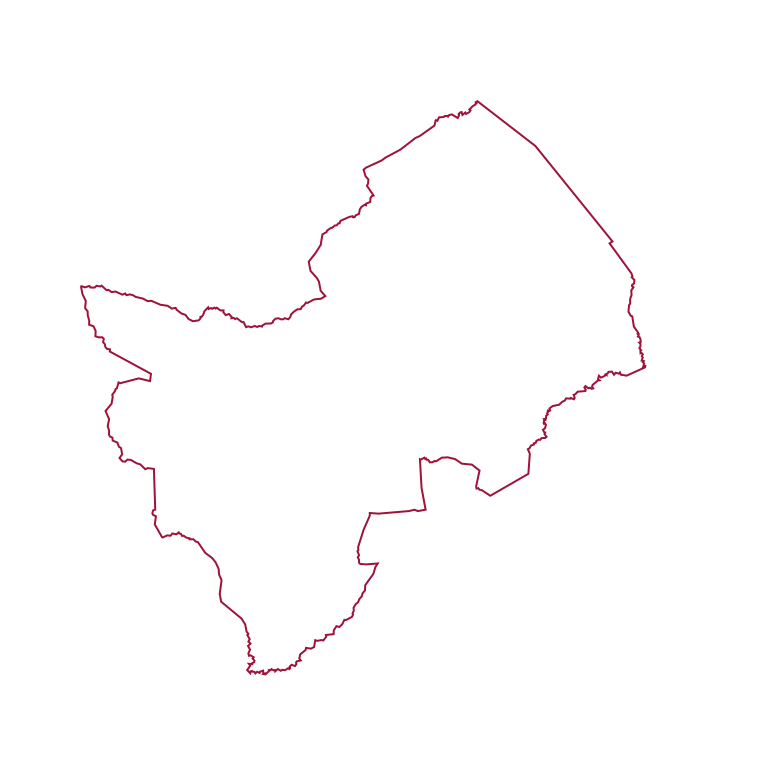 outline of Kalomo, Southern, Zambia, rotated 65°
{"feature_id": "96606910B45059584224762", "entity_name": "Kalomo", "entity_type": "district", "adm_level": 2, "iso_a3": "ZMB", "parent_name": "Zambia", "parent_adm1": "Southern", "projection": "robinson", "projection_center": [26.465, -16.838], "detail": "fine", "context": "isolated", "style": "outline", "palette": "rose", "viewbox_px": 768, "rotation_deg": 65, "n_neighbors": 0, "source": "geoboundaries", "source_scale": "gbopen_adm2", "svg_char_len": 6153}
<svg xmlns="http://www.w3.org/2000/svg" viewBox="0 0 768 768"><g transform="rotate(65 384 384)"><path d="M479.2,140.3L478.1,139.6L477.6,141.5L475.3,139.5L473.7,140.2L473.0,138.9L471.7,140.6L469.3,138.3L467.8,138.6L466.5,136.9L464.5,137.6L464.5,138.5L461.8,137.4L461.9,136.8L459.3,137.3L458.4,135.8L456.0,134.6L454.3,135.2L454.4,133.6L452.0,132.7L449.5,132.6L448.3,133.8L447.4,132.6L445.9,132.9L446.0,132.0L444.8,132.0L437.6,133.3L427.6,130.4L426.4,131.5L421.9,131.9L416.2,128.7L415.2,127.0L410.7,124.8L408.1,122.1L403.8,120.4L401.7,117.0L400.2,117.9L399.1,117.3L398.6,114.9L395.6,113.1L391.9,114.4L391.4,113.3L388.3,113.0L351.9,120.1L351.4,116.7L232.3,146.2L167.2,179.8L167.3,181.0L168.2,181.3L167.6,181.9L169.3,182.8L169.7,186.3L171.3,190.6L172.5,189.9L173.7,191.9L173.9,195.5L172.3,195.6L173.3,199.2L170.3,198.8L170.1,200.0L170.8,202.3L172.2,202.4L174.1,204.8L168.4,208.5L167.8,211.3L168.7,213.0L167.8,213.3L166.8,215.8L167.2,217.3L165.6,221.4L168.0,224.4L166.8,225.4L167.1,226.0L171.1,229.0L174.4,247.0L174.3,251.5L178.5,270.1L179.4,286.8L180.4,291.6L180.3,308.6L181.1,311.9L187.9,312.9L192.1,311.7L195.5,313.7L197.2,315.7L208.8,313.8L208.5,315.7L209.8,317.7L213.2,319.6L213.0,324.0L214.4,324.8L213.3,326.0L214.0,329.7L215.5,332.1L219.2,334.7L219.2,338.3L220.4,340.2L219.7,341.7L218.6,341.6L217.9,345.0L217.7,354.5L219.6,356.3L219.1,357.5L220.2,359.8L219.6,361.6L220.5,365.0L220.1,366.0L220.9,370.7L222.0,371.8L222.4,376.6L231.2,382.6L236.5,390.9L241.3,400.5L250.4,402.8L259.2,400.1L263.7,399.7L272.8,402.0L279.5,400.0L280.1,405.0L277.8,411.7L278.2,419.1L277.2,420.3L278.9,423.2L279.2,425.5L281.0,427.9L279.7,431.0L280.3,434.9L281.7,438.9L283.7,440.6L284.9,443.3L282.4,446.2L282.7,448.2L281.8,450.1L279.7,452.0L279.0,454.9L280.0,457.8L281.2,458.8L281.4,460.8L279.2,465.9L279.6,469.6L280.4,470.2L278.6,472.7L278.8,474.7L276.8,476.6L276.4,480.4L274.4,482.7L274.2,485.0L268.5,485.1L268.0,486.5L262.2,489.6L262.2,491.5L260.4,492.4L259.9,494.5L258.7,493.8L255.0,494.9L254.7,498.3L251.2,499.3L249.4,498.3L248.3,501.1L244.2,503.3L244.5,504.7L243.1,505.4L243.2,508.0L242.1,508.6L241.9,511.2L240.2,511.0L242.2,516.1L244.9,518.6L246.0,520.8L245.6,522.0L247.0,522.6L248.0,525.2L246.3,530.7L242.4,533.7L237.5,534.7L234.3,537.9L229.0,540.6L226.9,540.7L226.0,544.5L221.8,546.9L217.7,553.1L210.2,559.8L209.1,563.1L204.6,566.5L200.1,572.3L197.5,573.9L195.4,576.4L194.7,579.8L192.6,580.3L192.5,583.3L186.7,588.3L185.6,592.0L182.2,594.0L181.8,595.7L175.5,598.4L175.8,599.8L173.5,603.0L174.3,605.4L173.6,607.1L172.4,609.3L170.6,609.6L170.1,614.0L167.5,616.9L168.0,617.5L175.1,619.3L182.8,619.2L188.8,622.8L193.0,621.9L196.6,623.5L202.1,624.4L205.6,626.2L208.9,622.9L214.0,622.9L218.8,625.4L221.1,622.9L222.6,619.6L224.8,618.9L227.3,620.9L230.0,620.2L232.6,620.9L235.0,620.3L236.8,617.7L238.6,618.8L276.3,590.9L282.5,594.8L275.3,603.8L271.8,622.8L270.4,623.9L275.0,627.9L275.1,629.3L276.9,631.0L278.9,634.8L281.2,635.4L286.7,639.2L290.8,647.8L299.7,648.0L305.4,652.2L310.2,652.9L313.7,654.7L315.8,654.5L317.8,652.8L320.6,653.8L324.4,650.4L328.9,650.7L331.0,649.4L337.1,651.1L339.3,655.0L343.6,653.7L345.0,651.5L344.1,648.5L345.8,645.5L351.2,641.8L353.9,638.8L360.3,636.4L360.4,633.6L363.7,628.4L401.1,644.4L401.0,646.7L403.3,648.6L405.0,648.6L407.5,646.6L414.4,651.1L429.0,649.9L429.6,649.3L429.6,644.5L431.3,641.5L430.0,639.1L432.5,635.6L431.7,632.8L432.8,632.9L434.0,631.4L436.4,631.2L436.8,629.7L439.7,628.1L441.6,625.5L442.5,625.9L444.2,622.3L447.1,621.3L448.6,619.5L461.4,617.4L469.1,613.3L474.4,612.0L481.6,612.0L487.1,614.0L493.1,614.1L504.8,621.6L512.5,623.6L536.3,612.3L543.2,611.4L550.4,613.2L553.1,612.5L553.8,614.0L558.4,613.5L560.1,615.7L562.9,614.7L563.9,617.9L568.1,617.7L570.9,620.8L573.3,621.2L573.5,619.6L576.6,617.6L577.4,619.1L580.0,618.3L581.3,619.3L581.2,621.2L582.1,621.8L580.5,624.7L582.7,624.2L585.4,628.9L589.6,627.5L588.1,626.4L588.2,625.0L589.0,625.0L590.1,623.1L591.9,622.9L591.2,620.7L593.3,618.8L592.4,618.1L592.7,614.7L595.3,615.8L595.8,614.5L596.0,615.7L597.1,614.1L595.5,609.4L593.7,609.3L595.0,609.0L595.5,607.7L594.8,606.5L596.8,605.2L597.2,603.6L598.4,604.0L597.5,600.7L600.3,598.7L600.0,597.1L601.5,594.7L601.1,591.0L602.4,590.3L601.8,589.1L600.3,588.9L599.4,586.4L602.0,583.9L600.8,581.7L599.3,581.5L598.5,580.1L599.4,576.3L596.9,576.7L593.7,574.3L591.9,567.4L590.2,566.2L593.0,562.0L592.8,558.5L587.1,554.6L588.6,553.0L589.7,548.7L590.8,547.4L588.6,543.1L586.9,542.7L589.4,535.4L586.0,533.6L583.4,529.4L585.4,527.2L584.1,523.4L581.0,519.6L581.9,517.9L581.5,511.5L580.0,509.5L578.7,509.5L576.7,507.2L573.9,506.1L571.5,502.6L570.9,499.8L568.5,497.3L567.1,494.0L564.5,491.7L563.2,488.6L558.4,486.0L551.5,473.8L546.4,469.3L544.0,465.5L540.0,476.3L537.1,481.5L535.5,482.2L532.6,480.9L530.0,481.0L528.7,479.0L524.3,478.7L523.7,477.4L520.9,476.4L507.6,464.2L497.4,452.6L494.9,451.4L499.2,443.7L509.7,415.1L510.8,409.6L513.5,407.0L515.5,399.4L494.1,393.9L467.3,383.2L468.1,382.4L467.8,378.6L469.0,378.5L469.1,377.4L470.6,377.5L471.3,376.0L474.4,375.6L475.4,373.1L475.1,370.7L476.1,369.6L475.2,362.8L477.4,357.2L482.1,351.3L489.1,347.1L494.2,338.4L502.8,334.0L515.8,343.8L517.9,344.3L518.3,342.5L520.2,342.1L521.7,340.1L530.2,334.9L526.4,291.1L508.8,281.3L503.9,281.2L503.7,279.2L501.9,276.8L502.2,273.7L501.1,273.3L501.4,271.2L499.9,269.9L499.8,267.1L500.6,266.1L499.6,264.0L501.0,260.9L500.6,259.0L497.3,259.7L496.1,258.4L495.5,259.2L492.7,259.3L492.2,256.9L489.5,254.5L487.5,254.8L487.7,255.8L487.0,255.9L484.8,254.4L484.9,253.4L483.4,253.8L483.9,251.8L481.2,250.4L480.8,248.4L479.4,248.5L478.7,247.2L477.9,247.2L477.4,246.6L478.4,246.1L478.2,244.6L476.3,244.5L475.8,243.4L475.3,240.3L476.8,234.0L475.4,229.8L475.5,227.3L474.0,225.0L476.1,221.2L475.6,220.6L478.1,218.3L477.1,217.0L474.0,216.7L474.1,214.8L472.8,211.7L475.5,204.5L474.5,203.6L471.9,203.9L471.0,202.3L474.2,200.6L474.3,199.3L476.1,197.8L476.4,196.3L474.4,196.6L473.0,195.3L471.3,188.9L471.7,187.2L470.1,188.0L467.4,185.7L469.7,184.8L470.0,183.8L469.9,180.5L469.0,179.5L469.8,178.7L468.9,178.7L468.9,176.8L467.9,175.5L469.1,172.2L472.8,171.6L471.7,169.3L473.9,166.7L473.2,165.3L475.7,165.4L479.0,160.5L479.2,140.3Z" fill="none" stroke="#9f1239" stroke-width="2"/></g></svg>